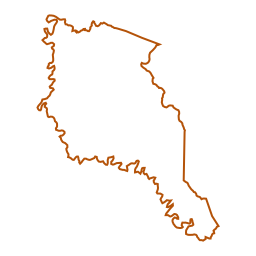 Cândido de Abreu, Paraná, Brazil (Robinson projection)
{"feature_id": "56859067B28607618566167", "entity_name": "Cândido de Abreu", "entity_type": "district", "adm_level": 2, "iso_a3": "BRA", "parent_name": "Brazil", "parent_adm1": "Paraná", "projection": "robinson", "projection_center": [-51.26, -24.682], "detail": "fine", "context": "isolated", "style": "outline", "palette": "amber", "viewbox_px": 256, "rotation_deg": 0, "n_neighbors": 0, "source": "geoboundaries", "source_scale": "gbopen_adm2", "svg_char_len": 5714}
<svg xmlns="http://www.w3.org/2000/svg" viewBox="0 0 256 256"><path d="M44.4,29.0L44.8,31.1L45.4,32.2L47.2,34.4L47.2,36.0L47.0,37.1L46.2,37.8L44.8,38.0L42.5,40.1L43.9,41.7L45.0,42.5L45.7,43.3L47.0,44.2L49.7,43.4L50.8,42.8L52.5,42.8L54.1,44.2L53.9,45.8L51.8,47.4L52.1,48.6L53.3,49.4L53.9,50.6L53.5,52.7L52.8,54.8L53.2,58.7L53.2,60.7L52.5,62.2L51.3,63.0L50.0,62.9L48.8,63.9L48.7,65.6L47.9,66.4L47.5,67.9L49.0,68.5L51.4,67.7L53.0,66.3L54.1,65.9L54.5,67.2L54.6,68.9L53.9,70.2L52.5,71.4L52.5,73.1L52.2,74.4L50.6,75.3L49.6,76.3L48.7,77.9L49.5,79.1L51.3,79.2L53.4,79.1L54.5,79.4L54.7,80.7L53.2,82.2L52.5,83.4L51.8,84.8L50.6,85.6L49.7,86.7L50.2,87.9L51.8,88.1L53.0,88.4L53.7,89.7L50.9,92.3L50.2,94.4L49.6,95.6L48.8,96.3L48.0,97.1L47.1,98.3L44.7,99.1L42.4,99.5L41.6,102.0L40.9,103.0L38.5,105.7L37.5,107.5L38.1,109.0L39.2,110.2L40.5,110.3L41.1,109.3L41.3,108.0L41.7,106.1L42.7,104.6L43.9,103.4L45.7,102.8L46.2,103.7L45.2,104.8L44.7,106.8L46.8,108.3L47.0,109.6L46.7,111.1L47.9,116.5L49.0,117.1L50.7,116.6L52.4,116.8L53.7,117.7L54.5,119.1L55.0,121.2L56.4,122.4L57.0,123.5L57.1,125.1L57.0,126.7L55.9,128.3L56.1,129.8L57.4,130.2L58.4,130.7L60.1,130.8L61.5,130.4L62.9,130.6L63.7,131.2L64.5,131.9L64.6,133.2L63.6,134.5L62.3,135.6L60.7,135.7L59.6,136.6L60.9,138.0L61.1,139.4L61.6,140.4L62.7,142.0L65.2,143.1L67.3,145.1L67.4,147.2L66.3,148.8L66.6,150.4L67.3,152.3L68.5,154.3L68.4,155.8L68.1,157.1L69.2,157.3L70.9,158.2L71.7,159.0L72.6,159.7L73.8,159.9L75.9,157.2L76.9,156.5L77.9,156.5L78.3,157.6L78.6,159.8L79.4,161.1L79.2,162.4L80.1,163.7L81.6,162.2L82.3,161.1L84.3,158.7L86.1,158.7L87.2,159.3L89.2,159.9L90.3,159.8L94.2,158.1L95.2,156.5L96.7,156.9L96.9,158.5L97.5,159.9L98.7,161.5L100.5,161.9L103.1,161.3L104.2,163.2L105.9,164.7L107.1,164.8L107.6,163.8L107.8,162.6L107.7,160.1L108.4,157.7L111.2,157.2L113.3,156.5L113.6,158.2L113.1,159.5L112.4,160.7L111.3,161.7L111.2,163.9L112.7,164.6L113.7,164.5L116.7,163.1L121.0,162.8L121.5,163.9L120.8,164.9L119.3,166.7L118.8,167.8L119.8,169.1L122.8,169.9L124.4,169.9L125.9,170.6L127.2,171.0L127.5,169.8L126.8,166.1L129.2,164.7L130.2,163.9L131.2,163.4L132.3,163.3L133.4,163.5L134.5,163.5L135.4,163.0L135.9,162.0L136.6,160.9L137.9,160.6L138.8,161.4L138.0,163.9L136.9,166.5L135.6,168.3L135.1,169.6L135.0,172.4L136.2,172.2L137.1,171.8L138.1,171.8L140.4,173.7L141.4,171.3L141.6,169.8L142.1,168.3L143.0,167.9L144.6,167.9L144.0,170.4L143.4,171.7L143.8,173.3L144.8,174.3L146.5,173.9L148.1,176.8L148.3,178.0L149.2,179.0L150.0,178.4L153.6,177.3L155.3,177.7L154.5,179.5L153.7,180.5L153.8,182.0L155.0,184.0L156.6,183.7L157.8,184.1L157.7,185.2L158.0,187.9L157.8,189.4L156.7,192.5L157.4,193.5L160.4,193.6L162.5,194.8L162.4,195.9L161.8,197.1L161.1,198.1L160.5,199.3L161.6,201.8L162.4,203.2L164.0,202.4L165.6,201.3L166.8,200.2L168.2,200.4L169.2,200.7L170.9,200.5L169.3,202.7L167.9,204.0L167.4,205.1L166.9,207.0L168.0,207.2L171.0,205.6L172.8,204.2L172.9,205.7L170.2,208.6L166.2,213.6L165.7,215.1L167.9,215.1L170.2,216.5L171.6,216.1L174.3,214.0L175.8,214.2L177.0,215.0L178.2,217.3L178.2,218.8L177.0,218.7L176.2,217.9L174.6,217.5L173.2,218.8L172.5,220.1L172.6,221.8L173.7,224.3L174.4,225.0L175.2,226.2L176.1,227.0L177.0,227.6L179.7,228.0L180.7,228.0L182.0,227.7L182.8,227.0L181.7,225.4L181.9,223.9L182.4,222.6L184.0,222.7L185.4,222.6L187.4,223.0L188.5,223.4L189.5,223.6L190.4,222.8L190.3,220.8L190.6,219.3L191.7,219.1L192.3,220.5L192.6,222.2L193.1,223.5L193.3,224.7L192.3,225.6L188.5,226.4L186.2,230.2L186.0,232.2L186.1,234.0L187.8,234.7L189.0,234.9L192.8,234.8L194.2,234.4L196.0,234.8L196.8,235.6L197.3,237.1L198.3,238.1L198.8,239.1L199.8,240.1L201.6,240.1L203.1,240.6L205.6,239.0L205.6,237.0L209.2,238.5L210.6,238.5L210.8,237.2L211.6,236.0L212.1,234.6L212.7,233.7L214.2,233.3L214.0,231.8L213.5,230.8L214.3,229.8L215.9,228.6L216.9,226.8L218.5,226.1L212.1,216.1L206.1,198.7L204.1,198.5L202.9,198.6L201.5,199.2L200.7,198.0L199.8,197.0L197.5,196.3L196.5,195.5L196.2,193.9L195.1,192.3L193.8,192.0L192.9,190.7L191.8,189.8L190.9,188.8L189.8,187.2L188.7,185.7L188.1,184.1L187.4,182.8L185.8,182.0L184.7,181.2L183.7,180.4L184.6,131.7L184.9,130.3L184.2,129.3L183.7,127.5L182.5,124.8L182.3,123.3L181.2,121.9L179.6,120.9L178.9,119.5L178.7,117.5L178.6,115.7L179.2,113.7L179.1,111.8L178.4,110.2L176.5,109.5L175.0,108.5L173.5,107.4L172.7,105.7L170.1,105.4L168.6,105.8L167.5,106.8L166.5,107.4L164.8,107.0L163.1,106.0L162.3,104.1L161.8,102.3L162.2,99.8L162.0,98.3L162.7,97.4L163.0,95.1L163.3,94.0L164.5,92.7L164.2,91.3L163.3,90.1L162.2,88.8L161.3,88.2L160.4,87.9L159.0,88.0L158.5,87.0L157.4,86.4L156.7,85.3L155.7,84.5L154.7,84.1L153.3,83.8L152.5,81.3L152.7,78.8L153.5,77.9L151.8,75.2L150.6,73.0L149.3,71.5L146.6,70.5L145.7,69.2L143.3,67.6L141.5,66.0L141.2,64.2L141.8,62.9L143.4,63.6L145.8,63.8L147.5,63.0L148.4,62.2L149.2,60.8L149.5,59.7L149.5,58.4L149.3,57.3L149.4,54.8L150.1,52.7L152.8,50.2L155.0,47.8L155.7,46.8L156.4,45.3L158.0,45.0L159.5,44.4L141.9,37.8L126.0,31.1L117.7,28.6L115.8,28.1L114.3,28.0L113.2,27.2L111.9,26.7L111.2,25.8L107.7,25.1L106.7,24.2L105.4,23.5L103.9,22.6L102.3,23.6L100.9,23.1L99.2,25.3L97.7,26.2L96.0,25.8L95.4,24.4L94.3,23.0L94.2,21.8L93.2,21.3L92.1,22.7L91.6,24.4L91.8,25.6L90.3,27.4L90.4,28.6L89.1,31.1L87.9,31.1L86.6,30.3L84.7,30.1L84.9,28.9L83.5,29.0L82.3,30.2L80.9,30.7L79.6,31.9L78.3,32.4L77.0,31.3L76.6,32.4L75.7,31.6L75.4,30.5L73.7,30.6L72.4,31.0L72.7,29.4L73.0,28.2L72.8,26.9L71.5,25.9L69.8,25.3L68.3,25.4L66.9,24.4L65.6,24.3L64.9,22.2L65.3,20.6L64.9,19.3L63.3,19.3L61.6,19.7L59.8,19.6L55.9,16.8L53.7,15.8L51.6,15.5L49.5,15.4L48.3,15.8L46.5,19.3L47.0,20.7L48.7,22.4L49.8,21.8L50.9,21.0L54.4,19.7L56.5,19.8L57.1,21.2L56.7,22.4L54.7,25.3L54.1,26.7L53.7,29.2L53.1,31.9L52.4,33.7L50.9,34.8L49.5,33.6L48.0,31.8L47.2,28.6L45.5,28.6L44.4,29.0Z" fill="none" stroke="#b45309" stroke-width="2"/></svg>